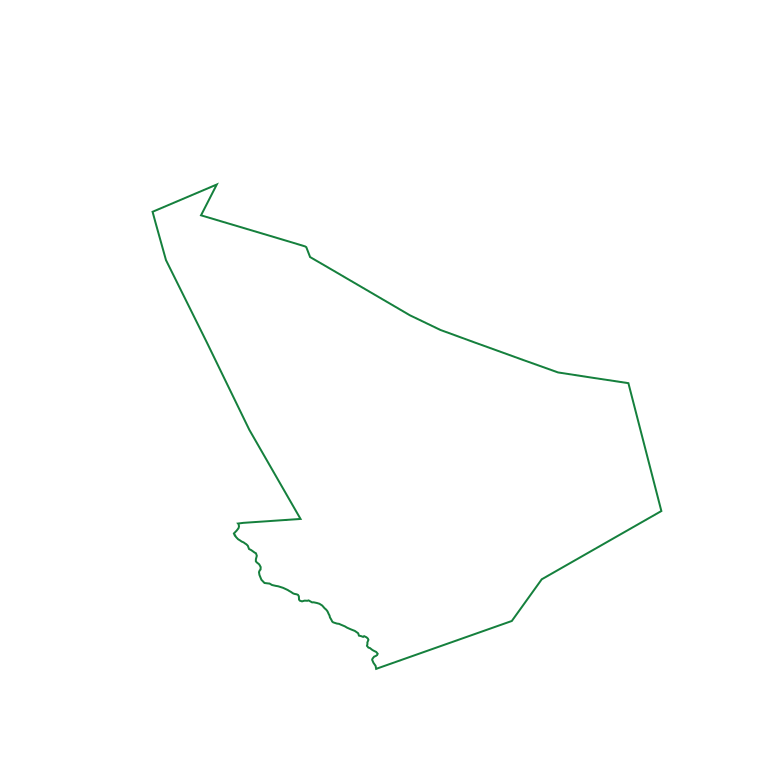 the district of San Pedro Mártir Quiechapa, Oaxaca, Mexico, rotated 328°
{"feature_id": "50627088B60700180885105", "entity_name": "San Pedro Mártir Quiechapa", "entity_type": "district", "adm_level": 2, "iso_a3": "MEX", "parent_name": "Mexico", "parent_adm1": "Oaxaca", "projection": "orthographic", "projection_center": [-96.291, 16.46], "detail": "fine", "context": "isolated", "style": "outline", "palette": "green", "viewbox_px": 768, "rotation_deg": 328, "n_neighbors": 0, "source": "geoboundaries", "source_scale": "gbopen_adm2", "svg_char_len": 1762}
<svg xmlns="http://www.w3.org/2000/svg" viewBox="0 0 768 768"><g transform="rotate(328 384 384)"><path d="M226.4,621.4L366.8,652.7L414.3,633.2L551.9,638.7L591.7,512.8L563.1,488.3L537.7,466.4L514.6,437.2L482.8,396.7L474.0,385.4L460.5,368.1L442.4,339.5L408.3,274.6L399.8,258.4L388.6,237.2L390.6,226.8L390.0,225.5L377.4,211.1L318.2,144.0L347.9,126.2L279.0,115.3L275.8,125.9L264.7,163.6L264.7,163.9L264.7,164.0L255.8,254.8L245.5,351.6L241.7,454.2L191.1,427.2L186.3,425.0L186.4,425.8L185.6,427.9L184.2,429.2L181.2,430.3L177.5,431.2L177.3,432.6L177.5,432.5L177.5,433.3L177.4,435.3L178.0,438.3L179.0,440.3L179.8,442.2L181.0,443.9L181.7,445.7L182.3,446.9L182.8,449.0L182.1,452.4L183.3,454.4L184.1,456.3L184.9,458.3L185.7,459.7L185.1,462.3L182.5,464.7L181.4,466.4L181.5,467.7L182.6,470.8L182.5,472.6L182.4,473.9L181.0,475.9L179.8,476.2L178.3,477.3L177.2,479.9L176.3,485.0L177.2,489.4L180.0,491.7L181.2,492.6L182.5,495.1L185.2,497.8L187.1,499.5L190.4,503.4L193.2,507.7L193.9,509.2L194.9,511.0L195.9,513.3L196.7,514.4L198.5,516.1L199.3,517.2L199.3,518.9L197.7,521.8L197.8,523.1L199.3,524.9L201.8,525.6L204.1,527.2L205.4,527.6L207.3,531.1L208.6,531.8L211.1,534.2L212.8,536.2L214.2,539.1L214.8,542.8L215.4,544.7L215.6,546.9L215.2,549.8L215.1,551.5L214.5,553.2L214.4,556.1L214.2,558.0L214.6,559.2L217.1,562.2L218.8,563.6L219.7,565.0L222.4,568.8L223.0,570.0L223.5,571.0L223.9,571.6L225.8,574.4L227.5,576.7L228.4,577.9L230.0,581.7L229.4,584.1L231.0,585.7L232.3,587.4L233.5,587.3L234.9,589.5L235.4,591.3L235.2,592.7L232.9,594.4L232.1,595.8L230.8,597.0L231.1,599.3L232.1,600.4L233.2,603.4L234.2,605.2L235.4,607.1L235.7,609.4L234.6,610.2L232.9,610.3L231.1,610.0L228.8,610.8L227.8,611.6L227.3,614.8L227.5,618.6L226.4,621.4Z" fill="none" stroke="#15803d" stroke-width="2"/></g></svg>